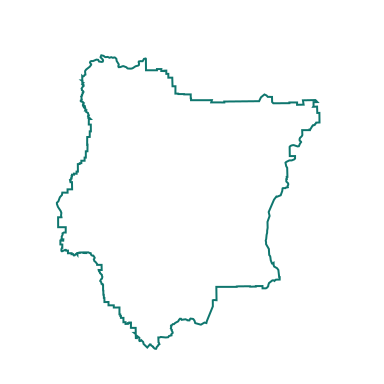 Junee, New South Wales, Australia, rotated 171°
{"feature_id": "25037944B78152286064279", "entity_name": "Junee", "entity_type": "district", "adm_level": 2, "iso_a3": "AUS", "parent_name": "Australia", "parent_adm1": "New South Wales", "projection": "albers", "projection_center": [147.763, -34.815], "detail": "fine", "context": "isolated", "style": "outline", "palette": "teal", "viewbox_px": 384, "rotation_deg": 171, "n_neighbors": 0, "source": "geoboundaries", "source_scale": "gbopen_adm2", "svg_char_len": 5973}
<svg xmlns="http://www.w3.org/2000/svg" viewBox="0 0 384 384"><g transform="rotate(171 192 192)"><path d="M55.2,240.7L53.8,250.2L55.9,250.5L55.1,256.8L59.0,257.2L58.5,257.8L57.9,261.7L54.1,261.2L55.7,263.5L68.1,265.2L68.1,260.8L74.6,261.7L74.2,264.0L81.8,265.2L81.9,264.5L97.8,266.9L98.8,268.4L98.1,273.4L102.3,274.1L103.3,275.7L105.2,277.0L109.1,274.7L111.5,271.2L146.0,276.3L146.1,275.4L159.0,277.5L158.0,279.6L178.6,282.8L178.3,284.6L178.6,284.7L178.0,288.6L184.5,289.6L184.5,290.0L190.2,290.9L190.2,291.3L193.0,291.8L191.8,299.0L194.7,299.5L193.6,308.0L197.5,308.6L196.9,312.4L198.9,312.7L198.4,315.9L200.4,316.2L200.5,315.8L203.4,316.3L203.0,318.2L207.4,318.9L207.6,317.7L218.4,319.4L216.7,330.8L216.9,331.1L218.6,331.0L220.3,328.9L222.5,329.3L224.1,329.2L224.4,328.6L224.2,326.9L224.7,325.6L225.3,325.3L228.1,325.0L230.9,323.7L232.0,323.4L233.1,323.4L236.0,324.0L236.5,324.3L237.2,325.4L239.9,327.0L240.8,327.1L243.3,326.6L244.9,326.8L245.1,327.9L244.5,328.9L244.4,329.6L245.9,333.2L245.9,335.4L247.0,336.8L247.8,337.1L249.1,336.9L250.7,337.8L252.5,337.5L254.1,338.6L256.2,338.7L257.1,339.2L258.0,340.3L260.2,341.2L261.0,340.0L261.2,339.3L259.4,336.8L259.3,335.5L259.8,334.7L260.8,334.6L263.4,335.4L264.0,337.2L265.7,337.7L269.3,336.8L271.0,337.1L271.9,336.8L272.5,335.9L272.1,334.6L271.6,334.0L271.7,333.4L273.3,331.8L277.4,329.5L278.5,328.4L278.8,327.4L278.9,324.6L279.9,324.3L280.4,323.6L281.1,323.2L282.0,323.3L282.3,323.7L282.9,319.4L283.6,319.5L282.8,318.7L283.2,318.1L283.2,317.5L282.3,316.9L283.7,315.7L283.1,314.6L282.4,314.7L282.4,313.7L283.6,312.9L284.9,311.4L284.7,310.5L284.8,309.8L283.8,308.7L283.5,307.8L284.5,307.1L284.4,306.3L285.5,305.4L285.6,304.9L285.5,304.3L286.5,303.7L286.3,303.2L286.5,301.6L286.4,300.6L286.8,300.5L287.0,299.6L287.6,299.6L287.7,299.3L287.2,298.6L285.8,298.1L285.6,297.4L285.0,296.8L285.6,296.3L285.5,295.4L286.1,295.2L286.2,294.5L284.5,293.8L284.4,292.7L285.3,293.3L285.7,293.1L285.5,292.4L285.1,292.3L284.8,291.4L284.3,290.8L284.4,289.8L284.7,289.3L283.6,289.3L284.0,287.7L282.4,286.4L282.4,285.7L282.1,284.9L282.7,283.5L282.1,283.4L282.6,282.6L282.5,282.0L282.8,281.6L281.6,281.1L280.7,279.9L282.5,280.1L283.4,274.8L281.4,274.4L282.4,267.7L283.5,267.9L284.4,262.4L286.9,262.7L288.2,255.0L287.8,255.0L288.9,248.6L290.5,248.8L291.5,242.6L292.7,242.8L293.2,239.7L296.4,240.2L296.8,237.8L298.4,238.0L298.6,237.2L300.4,237.4L301.5,230.0L302.8,230.2L303.1,228.1L305.7,228.6L305.8,227.6L307.8,227.9L308.0,226.5L308.4,226.6L308.6,224.9L308.9,224.9L309.0,224.2L309.3,224.3L309.6,223.5L310.5,223.1L310.2,222.4L310.6,222.2L310.5,220.7L309.0,220.5L310.0,213.4L314.5,214.1L315.0,210.8L320.2,211.7L320.9,209.4L323.3,207.5L325.5,203.6L327.1,202.6L327.3,201.3L326.7,198.2L324.7,193.8L324.3,191.8L325.0,189.4L324.9,187.5L328.2,188.0L329.7,178.2L322.2,177.0L323.1,171.7L325.0,172.0L326.4,171.4L326.4,170.2L327.7,168.3L327.8,166.8L328.5,165.7L326.5,165.4L326.8,164.1L329.6,164.6L330.2,160.8L328.3,160.4L328.8,157.3L329.1,157.4L329.3,156.8L329.9,156.1L330.2,154.4L330.0,153.9L329.4,153.8L326.2,154.7L325.6,154.6L325.2,154.1L325.3,153.7L323.7,153.5L324.1,150.9L320.5,150.4L320.7,149.4L319.1,149.2L319.0,148.4L318.6,147.8L317.8,147.8L316.6,148.8L315.7,149.2L315.0,147.8L314.7,149.7L312.4,149.4L312.4,149.8L308.6,149.3L308.7,148.7L306.4,148.3L306.6,149.0L303.6,148.5L302.6,147.6L301.7,147.5L301.4,145.7L300.8,145.0L300.3,144.7L299.8,144.8L299.4,144.6L298.4,142.4L298.7,141.7L299.5,140.9L299.2,139.0L298.3,138.1L297.0,135.8L297.1,134.9L292.7,134.2L293.4,129.1L296.4,129.6L296.4,129.3L296.2,128.1L295.4,127.0L295.5,126.2L294.0,124.4L294.1,123.5L293.8,122.2L294.5,120.5L295.4,120.1L296.6,118.5L295.8,117.2L295.7,115.4L294.7,115.1L294.7,114.1L294.4,114.0L295.1,109.4L295.2,108.5L295.0,108.4L295.6,104.4L295.2,104.3L295.6,101.2L295.1,101.1L295.7,97.0L291.7,96.4L292.2,93.1L287.0,92.3L287.3,90.1L281.7,89.3L282.8,82.5L282.0,82.3L282.2,80.7L281.6,80.6L281.9,78.8L279.4,78.4L280.1,74.1L278.0,73.8L278.3,72.1L275.9,71.8L275.8,72.5L274.4,72.2L274.3,72.9L272.7,72.6L273.6,67.4L268.9,66.6L269.6,61.7L271.1,61.9L269.8,60.5L270.3,56.5L269.3,56.3L269.0,58.6L266.8,56.3L267.3,53.4L267.1,53.0L266.1,53.0L265.3,53.6L263.7,51.5L263.6,49.5L260.5,45.4L257.4,48.1L256.7,47.9L256.4,46.9L254.6,45.3L254.7,44.9L253.5,43.3L252.8,42.9L251.9,42.8L251.0,44.5L249.7,45.4L249.2,46.2L248.0,46.7L248.2,48.1L248.6,48.6L248.0,53.6L246.6,53.4L245.6,53.7L240.6,52.4L238.2,52.3L237.2,53.4L234.7,53.6L234.7,54.7L233.1,55.9L233.2,57.1L233.8,58.5L233.5,59.1L234.3,60.5L233.5,62.2L233.8,63.0L233.6,63.4L233.1,63.4L231.6,64.5L230.5,64.3L229.1,65.3L225.9,66.4L224.8,67.8L223.7,68.7L222.7,68.5L222.3,67.4L218.3,67.3L216.4,66.1L216.4,65.9L214.6,65.6L214.1,66.5L213.3,67.2L211.2,66.6L210.6,66.3L209.7,64.6L209.3,62.0L204.3,59.7L203.9,59.6L200.1,61.1L198.3,60.3L197.5,62.2L189.3,75.8L188.4,81.8L187.4,81.9L184.7,81.3L182.8,94.5L162.7,91.3L162.6,91.7L160.4,91.5L149.4,89.8L149.4,89.4L143.8,88.6L143.7,89.1L137.1,88.1L137.4,85.8L134.1,85.3L132.5,86.0L131.4,87.2L131.2,88.1L130.2,90.0L126.5,92.1L124.8,91.9L124.5,91.3L122.8,92.3L119.1,91.8L118.7,94.2L119.2,94.3L118.9,101.4L119.9,103.4L122.5,105.5L122.8,107.0L122.5,109.3L124.0,108.7L124.2,108.9L124.9,112.2L124.8,115.8L125.0,116.7L125.6,117.7L125.0,123.7L127.0,128.9L126.7,130.9L126.8,132.4L126.1,133.9L125.0,138.1L124.2,139.9L123.8,142.1L122.9,144.8L122.1,150.7L119.1,156.2L119.4,160.2L112.2,171.6L109.5,174.2L109.3,173.9L104.9,174.9L102.7,178.9L102.0,181.4L101.6,181.6L99.3,181.2L98.7,181.6L96.6,181.7L96.7,182.9L95.8,184.1L95.7,185.5L97.2,187.6L96.9,189.9L96.3,189.9L96.1,192.1L95.4,192.0L94.2,201.0L94.9,202.7L95.1,206.3L94.3,206.9L90.9,208.0L88.6,207.6L86.0,208.2L85.0,208.9L84.6,211.4L89.8,212.2L88.5,221.3L87.5,222.1L85.7,222.5L84.2,222.4L80.6,220.5L79.3,220.5L77.7,223.0L76.4,224.3L76.5,224.7L77.6,225.9L77.5,227.4L76.8,228.6L74.9,229.9L74.1,231.0L73.5,235.9L66.0,234.7L66.0,235.3L65.5,235.2L62.8,238.4L61.9,239.1L61.5,238.8L60.1,239.2L59.9,239.8L59.0,240.3L58.5,241.1L55.2,240.7Z" fill="none" stroke="#0f766e" stroke-width="2"/></g></svg>